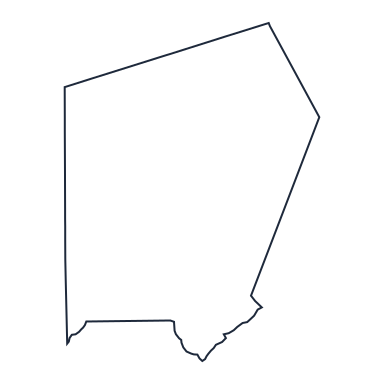 outline of Altos, Piauí, Brazil
{"feature_id": "56859067B36301945264464", "entity_name": "Altos", "entity_type": "district", "adm_level": 2, "iso_a3": "BRA", "parent_name": "Brazil", "parent_adm1": "Piauí", "projection": "albers", "projection_center": [-42.484, -5.023], "detail": "fine", "context": "isolated", "style": "outline", "palette": "slate", "viewbox_px": 384, "rotation_deg": 0, "n_neighbors": 0, "source": "geoboundaries", "source_scale": "gbopen_adm2", "svg_char_len": 922}
<svg xmlns="http://www.w3.org/2000/svg" viewBox="0 0 384 384"><path d="M319.3,117.2L282.4,49.1L269.9,26.1L268.7,23.0L224.8,36.7L169.5,54.2L166.8,55.0L159.1,57.4L91.9,78.5L64.7,87.1L64.8,118.0L64.8,132.1L65.0,174.8L65.0,177.9L65.1,208.9L65.1,218.3L65.2,226.3L65.2,230.6L65.2,235.9L65.2,239.1L65.3,259.6L65.7,279.0L67.2,343.6L68.8,341.6L69.6,338.0L71.8,334.8L75.6,334.3L79.1,331.8L81.2,329.4L83.1,327.6L84.9,325.1L86.3,321.5L170.3,320.5L174.0,321.8L174.6,330.8L175.9,334.2L179.1,338.3L181.2,339.9L181.5,342.7L183.3,347.4L186.5,351.5L191.2,353.6L193.8,354.4L197.4,354.6L199.5,358.4L202.3,361.0L205.1,359.1L206.5,356.3L208.4,353.7L211.0,350.6L213.7,348.1L215.9,344.8L222.1,342.0L225.9,338.1L223.8,334.3L228.7,333.2L231.6,331.5L233.8,330.2L237.3,326.9L242.6,323.0L247.2,322.1L250.7,318.9L254.1,315.7L257.7,309.6L261.8,307.4L255.1,301.0L251.0,295.7L283.8,210.1L319.3,117.2Z" fill="none" stroke="#1e293b" stroke-width="2"/></svg>